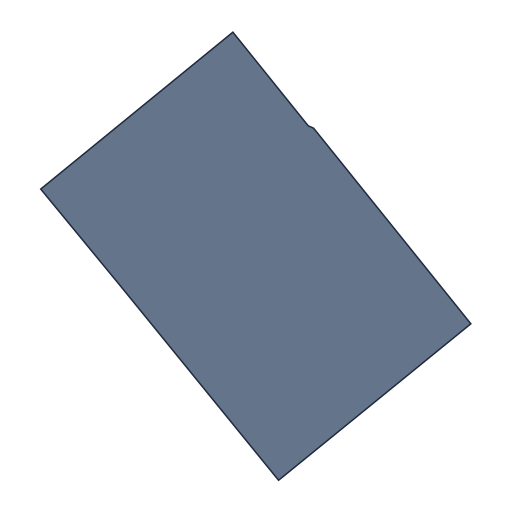 outline of Antelope, Nebraska, United States of America, rotated 141°
{"feature_id": "52423323B82245570198115", "entity_name": "Antelope", "entity_type": "district", "adm_level": 2, "iso_a3": "USA", "parent_name": "United States of America", "parent_adm1": "Nebraska", "projection": "orthographic", "projection_center": [-98.066, 42.176], "detail": "fine", "context": "isolated", "style": "filled", "palette": "slate", "viewbox_px": 512, "rotation_deg": 141, "n_neighbors": 0, "source": "geoboundaries", "source_scale": "gbopen_adm2", "svg_char_len": 265}
<svg xmlns="http://www.w3.org/2000/svg" viewBox="0 0 512 512"><g transform="rotate(141 256 256)"><path d="M381.2,443.5L380.2,318.4L379.6,67.5L131.7,68.1L130.8,319.1L133.5,324.4L133.1,444.5L381.2,443.5Z" fill="#64748b" stroke="#1e293b" stroke-width="1.5"/></g></svg>